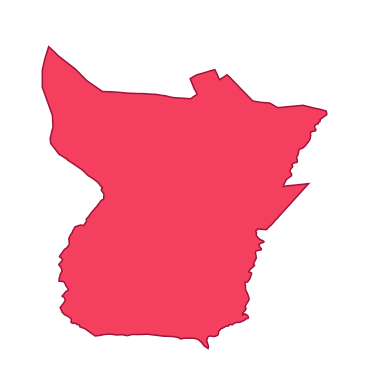 the district of Mberengwa, Midlands, Zimbabwe, rotated 85°
{"feature_id": "62879985B72104982716343", "entity_name": "Mberengwa", "entity_type": "district", "adm_level": 2, "iso_a3": "ZWE", "parent_name": "Zimbabwe", "parent_adm1": "Midlands", "projection": "equal_earth", "projection_center": [30.19, -20.689], "detail": "fine", "context": "isolated", "style": "filled", "palette": "rose", "viewbox_px": 384, "rotation_deg": 85, "n_neighbors": 0, "source": "geoboundaries", "source_scale": "gbopen_adm2", "svg_char_len": 5951}
<svg xmlns="http://www.w3.org/2000/svg" viewBox="0 0 384 384"><g transform="rotate(85 192 192)"><path d="M328.3,166.8L327.7,166.8L327.5,166.6L327.1,165.9L327.1,165.7L327.2,165.1L327.7,164.3L327.8,163.4L327.6,162.9L326.8,162.1L326.7,161.8L326.4,161.0L325.9,159.2L325.8,157.9L325.9,157.7L326.0,156.7L325.9,155.2L325.0,153.2L324.8,152.1L324.6,151.3L323.3,149.6L323.2,149.2L323.0,148.4L322.8,147.1L322.3,146.8L321.7,146.7L320.7,147.0L319.7,147.5L319.5,147.8L319.1,148.8L318.2,149.3L318.0,149.9L318.3,150.9L318.8,151.6L318.8,152.2L318.6,152.4L318.3,152.5L318.1,152.4L317.2,151.9L315.5,150.4L315.1,150.2L314.8,149.4L314.2,149.2L313.0,148.3L312.6,148.3L311.8,148.8L311.6,148.9L311.0,148.9L310.5,148.8L308.1,147.4L307.3,146.8L306.2,145.9L304.4,144.6L304.1,144.5L301.6,144.6L297.8,145.7L297.3,145.8L294.8,147.0L293.3,147.1L289.9,146.9L288.3,147.3L287.3,147.1L287.1,147.0L286.8,146.7L286.7,145.8L286.7,145.4L286.3,144.3L283.4,141.9L280.3,140.5L278.3,139.7L278.0,139.7L277.5,140.2L277.0,140.9L276.9,141.9L276.7,142.3L275.7,142.1L274.8,141.3L273.1,139.3L270.9,136.3L270.3,136.1L269.4,136.9L267.3,136.1L265.5,134.9L265.2,134.8L263.5,133.7L260.6,133.8L257.6,134.2L256.1,132.9L255.9,130.0L255.6,128.1L255.5,127.9L254.6,127.8L252.3,129.5L250.5,129.9L249.8,129.4L249.0,127.7L248.4,125.1L247.7,124.6L247.0,125.2L245.6,127.7L243.6,130.1L240.5,131.9L240.1,131.8L239.1,131.4L238.2,131.3L236.8,131.9L236.4,132.0L235.9,131.6L235.5,130.4L234.5,130.0L234.5,129.8L235.8,122.8L235.9,120.9L235.3,120.2L234.9,120.1L233.7,118.6L233.6,118.4L232.4,117.1L232.2,116.7L232.3,116.5L229.4,113.4L227.6,111.6L225.8,109.5L223.6,107.2L193.8,75.1L194.0,81.3L194.0,84.5L194.1,87.4L194.1,95.3L194.1,96.6L194.5,100.5L193.4,100.1L191.9,99.4L188.7,97.5L187.9,96.8L187.2,96.1L184.7,91.8L184.4,91.5L183.1,91.2L182.2,91.4L180.4,92.6L179.7,92.5L178.0,91.8L176.9,90.8L175.9,89.7L175.3,89.5L174.8,89.5L174.4,90.1L174.0,90.3L173.2,89.8L172.5,89.0L171.9,87.8L171.8,85.4L171.7,85.2L171.4,84.6L170.5,84.3L169.4,84.3L167.2,84.8L166.4,84.8L165.4,83.9L164.8,83.6L164.2,83.2L163.7,83.0L162.7,82.8L161.8,82.4L161.2,82.3L159.8,81.9L159.3,81.6L158.9,81.4L158.8,81.1L158.1,78.7L157.6,77.4L155.6,74.8L153.1,72.8L152.9,72.2L151.2,70.9L149.2,69.6L147.3,69.2L146.0,68.7L144.6,69.0L143.5,68.9L142.7,68.1L142.3,67.1L142.1,65.9L142.0,64.6L141.7,63.5L140.9,63.2L140.2,63.3L138.8,64.1L138.5,64.2L137.3,64.1L136.4,63.7L135.6,62.6L135.2,61.0L134.9,60.3L133.9,60.0L133.2,59.1L132.9,58.5L132.5,58.1L132.2,58.0L131.3,58.2L131.0,58.1L130.4,57.1L129.0,55.0L127.4,52.1L127.0,51.4L126.4,50.9L125.7,50.9L125.1,51.0L124.3,51.0L122.9,51.4L121.6,55.2L121.3,55.6L118.7,64.0L115.3,73.9L115.4,90.9L115.5,95.1L115.4,96.0L115.4,99.4L112.3,103.8L110.2,106.6L108.5,116.6L108.4,116.7L106.6,123.5L96.7,131.7L80.6,144.7L78.2,147.0L79.4,148.8L82.6,154.9L77.5,156.5L72.0,158.6L72.2,159.5L75.7,177.0L77.4,181.0L79.0,184.0L84.0,182.4L89.1,180.9L92.8,179.1L94.9,178.6L95.5,178.8L96.6,181.2L97.9,183.5L99.0,184.9L96.5,201.7L96.4,201.7L96.4,201.9L95.3,206.0L94.0,209.5L92.4,216.4L91.7,218.8L90.6,226.6L89.6,232.5L89.2,237.1L87.9,247.7L86.4,255.8L85.4,261.9L84.0,272.6L72.6,286.3L72.6,286.5L59.5,297.4L44.1,314.0L41.9,315.6L34.7,322.1L47.1,327.2L57.5,330.5L74.6,332.0L103.4,324.4L115.1,324.8L121.0,327.0L121.3,326.9L126.4,328.7L126.9,328.6L131.0,328.6L131.5,328.4L143.0,321.0L143.0,320.8L143.2,320.5L143.9,319.6L144.1,319.2L144.4,319.0L145.0,318.1L147.8,314.5L148.2,313.8L148.7,313.6L149.0,313.1L149.6,312.9L149.9,312.2L150.5,311.6L151.4,310.7L152.1,309.5L160.4,299.4L160.9,299.0L161.3,298.5L161.6,298.3L162.0,297.9L162.7,297.4L163.4,296.7L164.1,296.3L164.6,295.8L165.2,295.2L166.5,294.2L169.5,290.1L173.8,285.2L178.4,282.2L179.3,281.1L179.5,280.8L180.1,280.9L180.3,281.5L180.8,281.3L181.2,281.6L181.2,281.8L181.5,282.1L182.5,282.1L185.3,280.4L186.5,279.9L186.9,279.9L188.5,280.3L190.9,280.5L191.6,280.7L191.8,281.1L191.9,282.0L192.0,282.3L192.6,283.3L198.5,288.5L199.2,289.4L199.7,289.8L200.1,290.3L200.8,290.9L201.5,291.8L202.4,292.7L204.3,294.6L205.0,295.0L206.4,296.4L207.2,296.8L207.7,297.5L208.7,298.4L209.8,299.7L211.0,299.7L212.9,300.1L214.1,301.5L214.7,301.7L215.6,302.5L215.7,303.5L215.2,305.8L215.5,307.6L216.3,310.9L217.0,312.0L218.1,312.5L220.6,314.4L222.0,314.8L222.6,315.6L224.1,316.7L226.5,318.2L227.5,318.7L228.4,318.8L229.8,318.8L232.3,318.7L233.8,319.1L234.1,319.2L236.3,321.3L237.3,322.4L237.4,323.1L237.6,323.4L238.6,324.6L240.6,326.1L244.4,329.6L245.0,329.7L245.4,329.3L245.6,329.1L246.3,327.8L248.4,326.9L248.7,327.1L249.4,327.7L249.7,328.3L252.5,330.9L253.0,331.0L254.8,329.7L257.3,328.6L259.5,328.5L263.2,330.8L264.2,330.7L265.7,331.6L267.1,332.0L269.3,332.2L269.7,328.9L270.2,327.7L271.4,326.8L274.4,325.8L277.5,324.0L278.6,323.6L279.4,324.7L279.9,325.9L280.5,326.7L282.1,328.1L283.4,329.6L284.3,330.4L284.6,330.5L284.8,330.3L285.8,328.7L286.7,328.1L287.2,327.9L288.9,327.8L289.0,327.9L291.2,329.3L295.1,333.0L295.1,332.9L295.9,333.1L296.7,333.1L299.7,331.9L300.1,331.6L300.6,331.6L300.9,331.7L301.0,330.9L302.9,330.0L303.2,329.5L305.0,326.5L305.3,326.0L306.8,324.5L307.2,324.0L308.1,323.4L308.6,323.4L311.5,323.8L311.7,323.6L311.9,323.1L312.6,321.7L312.6,321.3L312.5,321.0L312.4,320.6L312.4,319.7L312.6,319.3L313.1,318.7L313.7,318.6L314.0,318.3L314.1,317.9L314.1,317.4L314.5,315.8L316.4,315.6L318.9,310.5L327.0,301.0L326.9,296.9L326.3,291.7L326.5,285.3L327.8,279.9L328.1,273.8L329.5,269.2L328.7,263.9L329.4,256.8L329.8,248.7L333.2,232.6L334.2,224.3L335.5,219.0L337.4,215.9L337.0,212.8L337.8,202.7L339.5,198.6L342.6,195.6L346.3,193.4L349.3,189.6L348.2,189.2L346.8,189.1L343.4,189.9L343.3,189.7L342.4,190.1L341.8,190.3L341.1,190.3L340.8,190.2L339.1,189.5L337.9,188.8L337.7,188.6L337.1,187.5L337.1,187.1L337.1,186.1L337.5,184.3L337.9,183.1L337.8,181.8L337.8,181.2L337.2,179.8L337.1,179.2L336.8,178.8L336.5,178.5L335.3,178.0L333.6,177.7L333.4,177.5L332.8,177.2L331.6,175.8L331.3,175.7L330.9,175.3L330.4,174.1L330.1,172.8L328.7,169.9L328.7,167.5L328.6,167.2L328.3,166.8Z" fill="#f43f5e" stroke="#9f1239" stroke-width="1.5"/></g></svg>